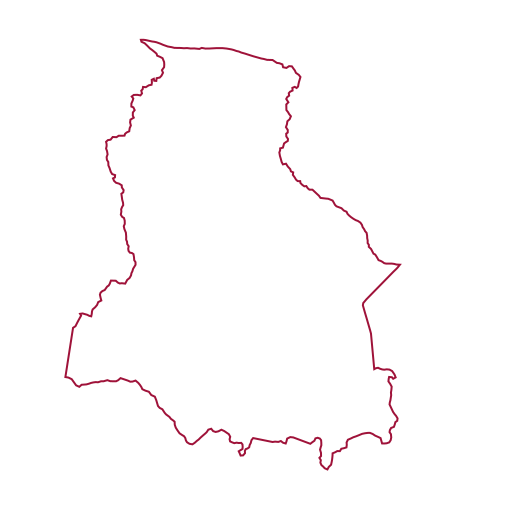 outline of Guaraí, Tocantins, Brazil, rotated 280°
{"feature_id": "56859067B33114689351252", "entity_name": "Guaraí", "entity_type": "district", "adm_level": 2, "iso_a3": "BRA", "parent_name": "Brazil", "parent_adm1": "Tocantins", "projection": "orthographic", "projection_center": [-48.435, -8.766], "detail": "fine", "context": "isolated", "style": "outline", "palette": "rose", "viewbox_px": 512, "rotation_deg": 280, "n_neighbors": 0, "source": "geoboundaries", "source_scale": "gbopen_adm2", "svg_char_len": 6015}
<svg xmlns="http://www.w3.org/2000/svg" viewBox="0 0 512 512"><g transform="rotate(280 256 256)"><path d="M272.4,399.2L272.0,395.8L272.2,393.3L272.1,391.2L271.1,385.6L271.2,383.5L272.2,381.5L272.8,379.7L273.2,377.4L275.8,375.3L278.1,373.2L278.7,371.3L282.9,368.1L284.6,365.5L286.6,365.2L288.1,363.7L290.6,363.3L292.9,362.4L295.3,361.9L298.0,360.9L299.4,359.1L301.1,357.9L303.0,356.0L305.1,354.9L307.0,353.0L308.2,350.3L308.6,348.1L309.5,345.6L310.8,342.8L312.2,340.4L313.5,338.7L315.3,337.5L316.0,334.6L317.9,331.9L318.9,326.6L320.1,324.9L322.0,323.4L323.9,321.8L324.4,319.6L324.9,317.2L324.7,314.8L324.4,309.4L326.3,307.5L328.1,304.7L331.1,300.1L330.6,297.1L331.7,295.2L333.6,293.4L333.0,291.5L334.1,289.2L335.6,287.1L337.4,286.5L337.0,284.0L338.2,282.1L340.1,280.5L342.3,278.2L344.8,278.1L345.4,275.7L347.5,274.6L349.6,271.8L352.1,269.5L350.9,266.6L353.1,264.9L355.7,263.7L358.7,262.2L362.0,261.0L364.3,261.4L366.2,261.1L367.4,263.7L371.7,264.1L373.3,265.6L374.8,267.3L376.8,267.2L379.0,265.1L381.7,264.5L383.1,265.8L385.6,265.4L388.1,263.1L391.2,263.6L394.1,263.5L396.6,265.4L399.7,266.1L401.5,264.0L403.2,262.6L405.0,260.6L410.5,259.5L413.0,261.2L415.9,258.5L417.8,259.1L419.7,260.8L422.0,260.0L423.7,261.0L425.3,263.3L427.9,262.6L429.3,264.8L428.5,266.8L430.2,268.0L432.6,268.0L434.8,268.1L440.0,268.7L441.8,266.7L443.3,263.5L445.5,262.0L446.9,260.5L449.0,258.4L448.7,255.6L446.5,253.3L446.6,249.9L449.3,248.7L449.9,245.5L449.8,243.0L451.9,238.3L451.4,234.9L451.1,232.8L451.4,229.4L451.4,227.0L452.2,218.9L452.9,213.7L453.4,210.1L453.8,206.1L454.4,203.5L454.5,201.2L455.0,198.3L455.2,195.9L455.2,191.1L454.9,187.0L453.9,181.2L452.1,173.5L451.5,170.2L451.5,166.4L450.1,164.3L449.7,159.1L449.0,155.7L448.8,152.0L448.1,149.0L447.8,145.8L446.8,139.5L447.0,136.8L447.0,132.7L447.8,127.9L448.5,125.0L449.2,120.9L449.3,118.5L449.2,116.4L449.5,110.0L449.4,107.6L448.9,105.1L447.1,106.0L446.2,109.4L444.3,112.3L442.0,115.5L440.8,118.0L439.3,120.7L438.0,122.9L436.1,123.9L435.5,126.7L434.6,129.6L431.1,131.8L428.7,132.4L426.0,132.7L422.7,131.1L420.3,132.6L417.1,131.6L415.0,130.2L413.9,127.3L411.1,127.4L410.9,125.4L412.8,124.6L411.4,122.7L408.6,123.4L406.5,123.4L405.5,120.8L403.1,118.2L402.9,115.4L400.5,115.4L398.9,114.3L396.3,115.5L394.1,114.3L394.1,111.0L393.4,107.7L391.5,105.9L389.8,107.8L387.7,107.6L384.5,106.8L381.5,107.3L381.1,109.4L378.6,111.2L376.0,109.8L372.8,110.3L371.0,111.6L368.5,108.7L365.7,108.8L362.8,110.1L360.0,109.4L356.8,109.5L355.3,107.3L353.7,105.9L351.7,105.6L351.1,102.9L350.6,99.9L348.8,98.0L348.3,94.2L345.3,92.6L344.4,90.0L342.4,88.5L340.4,89.4L338.4,89.8L335.8,89.7L333.4,91.1L330.3,92.2L327.5,91.7L324.8,92.5L322.9,94.2L319.6,94.9L317.2,96.5L313.8,98.3L311.7,100.1L311.2,103.2L308.9,103.4L307.6,101.7L305.3,103.2L303.8,105.5L303.5,108.5L302.3,111.5L300.2,112.0L297.9,114.2L295.6,114.2L293.9,112.6L291.2,113.5L288.1,114.5L285.4,115.8L283.0,116.4L281.0,115.6L278.6,115.1L276.3,115.7L273.2,115.7L271.3,117.4L270.5,119.4L267.9,120.6L264.8,121.2L262.4,120.6L259.7,121.7L256.4,123.8L252.6,124.8L249.5,125.3L247.7,126.5L245.4,127.1L243.5,128.9L240.9,128.9L238.9,129.6L237.4,131.2L237.4,133.3L236.6,135.0L233.5,136.1L230.7,136.8L229.0,138.4L226.4,138.9L222.1,137.2L219.4,136.9L217.4,136.3L215.2,136.3L212.4,135.3L210.1,133.3L206.1,132.0L205.9,128.6L205.3,126.6L205.8,124.6L207.3,122.2L206.6,117.4L203.3,116.8L201.4,116.1L200.0,114.7L196.2,112.9L194.8,110.8L192.9,109.3L190.8,109.0L187.4,110.4L185.3,111.4L183.2,108.6L180.2,108.0L177.6,106.5L175.0,104.4L172.9,104.1L170.6,104.3L168.0,104.2L168.1,102.2L168.8,100.0L169.3,95.2L168.5,92.8L166.9,94.1L162.0,92.4L159.2,91.5L155.5,90.4L153.5,88.3L103.7,89.3L103.7,92.4L102.7,95.9L97.4,101.3L96.5,104.7L98.9,106.6L100.1,111.3L101.3,113.8L102.4,115.7L103.3,117.9L104.0,120.1L104.2,122.3L105.7,125.1L106.2,127.7L107.9,131.2L107.4,134.3L108.3,139.9L109.7,141.8L112.2,143.8L111.5,148.5L111.0,151.6L110.4,154.0L110.9,156.2L112.4,159.0L110.6,162.1L108.8,164.2L107.0,165.9L105.1,167.2L104.2,170.4L103.7,174.1L100.9,177.0L99.9,180.8L96.7,182.8L91.3,185.5L89.7,187.5L88.8,190.4L85.7,193.3L84.4,194.9L82.5,198.7L80.9,200.4L79.7,202.9L78.7,204.6L75.7,205.3L73.0,206.8L70.6,209.0L68.1,211.5L66.9,214.2L66.0,216.5L64.4,218.0L62.2,219.0L60.6,220.4L59.5,223.1L59.5,226.1L61.4,228.1L63.6,229.8L65.3,231.4L67.6,233.0L70.0,234.9L72.3,236.8L73.9,238.0L76.7,239.2L78.1,241.9L76.1,244.2L75.7,246.8L76.8,249.4L78.9,252.1L78.1,255.1L75.8,260.2L73.5,262.0L71.0,261.8L68.9,262.7L68.3,265.0L67.9,267.1L68.8,269.3L68.8,271.4L69.4,273.9L68.1,275.4L65.8,276.0L63.6,276.2L60.7,272.9L59.0,274.1L56.8,275.5L57.4,277.9L59.9,279.4L62.1,278.9L64.0,279.4L65.0,281.1L66.4,282.5L68.8,282.6L70.9,283.3L73.8,283.5L76.2,284.8L75.7,304.6L76.5,307.0L76.8,310.3L78.1,312.6L76.8,315.1L76.5,317.8L78.8,318.2L81.6,318.4L83.6,321.2L83.8,324.2L80.5,342.1L82.4,343.8L84.2,345.6L86.7,346.2L87.7,348.3L87.3,350.6L85.9,352.1L83.6,352.7L81.0,353.2L78.7,352.9L76.4,352.7L73.4,354.2L70.3,354.8L68.2,353.5L66.2,355.3L63.6,355.3L61.4,356.8L60.3,358.7L58.9,360.5L58.2,363.4L60.9,364.3L63.5,366.2L66.4,366.3L68.5,366.3L70.5,366.2L72.9,366.0L75.0,365.7L76.3,367.8L78.0,369.9L78.4,372.5L81.0,373.5L82.0,376.0L83.2,378.3L85.7,378.2L88.1,377.6L91.0,378.4L92.7,381.0L94.4,383.3L95.7,385.7L97.3,388.3L99.3,391.4L100.4,394.2L101.2,396.8L101.6,398.9L101.0,401.8L99.8,404.5L99.0,407.8L98.3,410.3L95.8,411.5L93.3,412.7L93.7,415.2L94.3,417.3L95.6,419.6L98.0,420.6L100.8,420.7L104.0,419.8L105.7,418.1L107.8,418.1L110.1,418.9L111.7,421.5L114.2,421.9L116.6,422.1L118.2,423.7L120.7,423.6L123.0,421.6L124.2,420.1L126.2,418.1L133.0,413.3L135.1,413.2L137.2,413.4L142.4,413.3L145.0,412.6L147.3,412.6L150.9,412.3L153.3,410.4L155.5,408.2L158.0,408.0L160.0,408.1L160.2,410.9L158.9,412.4L160.7,414.6L163.3,413.0L166.3,410.1L167.3,407.2L167.1,404.4L166.3,402.1L166.2,400.0L166.5,397.8L167.1,395.6L166.3,393.6L165.1,392.1L199.6,382.7L202.6,381.3L213.8,375.8L218.6,373.4L226.0,369.8L228.3,369.8L232.6,372.3L243.1,379.5L253.6,386.7L264.3,394.0L267.3,396.2L269.1,397.4L272.4,399.2Z" fill="none" stroke="#9f1239" stroke-width="2"/></g></svg>